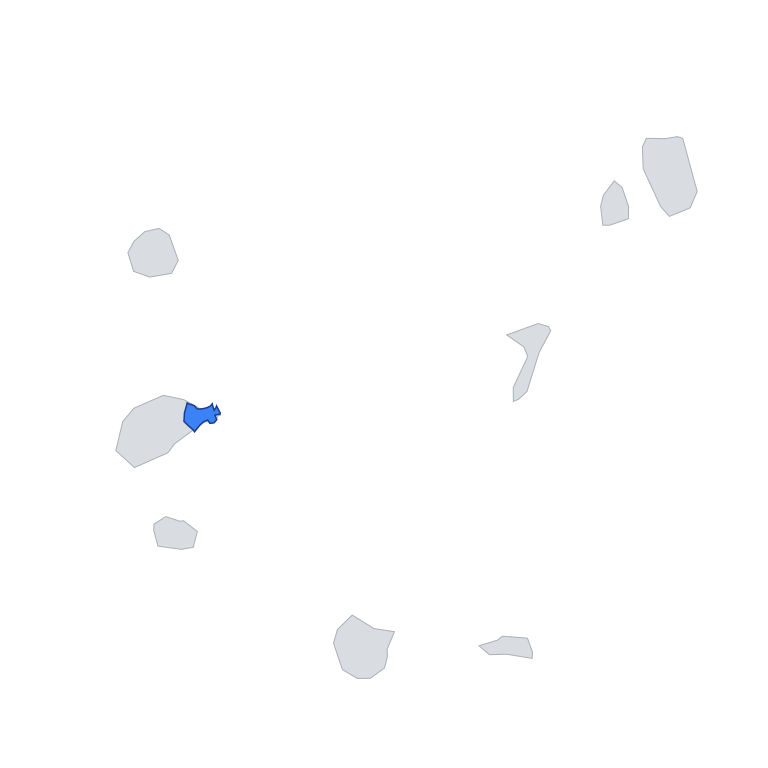 location of Tarrafal within Cabo Verde, rotated 100°
{"feature_id": "CPV-5045", "entity_name": "Tarrafal", "entity_type": "state/province", "adm_level": 1, "iso_a3": "CPV", "parent_name": "Cabo Verde", "parent_adm1": "", "projection": "albers", "projection_center": [-23.738, 15.256], "detail": "fine", "context": "in_parent", "style": "filled", "palette": "blue", "viewbox_px": 768, "rotation_deg": 100, "n_neighbors": 0, "source": "natural_earth", "source_scale": "10m", "svg_char_len": 1688}
<svg xmlns="http://www.w3.org/2000/svg" viewBox="0 0 768 768"><g transform="rotate(100 384 384)"><path d="M509.6,615.3L496.1,636.5L466.5,634.8L451.3,626.1L433.5,599.4L434.1,578.7L440.3,560.8L439.2,545.3L441.7,541.2L450.9,543.9L452.3,554.3L479.3,579.9L489.3,584.9L509.6,615.3ZM127.1,166.1L105.6,170.7L96.5,168.3L93.6,149.9L89.4,137.8L90.4,132.4L140.0,109.0L157.4,113.1L169.4,132.1L161.1,142.5L127.1,166.1ZM626.1,330.7L644.7,334.9L651.7,333.3L663.5,334.2L676.2,346.3L678.6,359.2L672.5,375.4L648.0,388.7L633.8,387.2L617.1,375.2L626.6,351.3L626.1,330.7ZM316.5,650.2L299.1,659.0L287.0,655.1L275.4,645.9L269.9,632.7L274.5,621.4L298.0,608.1L311.9,612.5L319.4,633.3L316.5,650.2ZM366.5,241.9L375.6,248.8L378.7,253.6L365.0,256.1L332.0,247.2L323.2,252.6L314.4,271.7L297.7,242.7L298.9,232.1L302.5,229.0L325.9,236.7L366.5,241.9ZM568.1,585.4L561.9,586.2L552.5,575.8L554.6,561.4L553.5,557.6L561.7,542.2L577.9,543.5L582.0,554.9L582.9,578.4L568.1,585.4ZM189.6,196.1L171.4,201.5L160.1,200.8L144.0,192.5L149.1,183.7L166.7,174.0L178.8,172.0L188.5,189.5L189.6,196.1ZM632.3,233.2L625.3,245.0L616.5,227.7L611.8,223.6L609.4,198.6L622.3,191.2L628.5,190.5L628.8,216.3L632.3,233.2Z" fill="#d9dde1" stroke="#a8b0b8" stroke-width="1"/><path d="M436.8,574.6L437.6,572.4L437.8,569.6L438.3,567.1L439.4,565.6L440.5,564.4L441.0,563.2L440.2,559.3L438.4,554.8L435.9,551.1L433.3,549.7L434.8,549.1L439.4,546.7L436.2,545.3L434.7,545.1L441.0,540.2L442.6,540.2L442.8,542.0L443.1,542.9L443.6,543.8L444.0,545.1L448.2,542.5L451.8,544.7L453.0,548.6L450.1,551.4L453.1,555.6L456.5,558.2L464.0,562.3L462.3,564.0L459.1,569.4L455.6,574.5L447.0,575.5L440.3,574.8L436.8,574.6Z" fill="#3b82f6" stroke="#1e3a8a" stroke-width="1.5"/></g></svg>